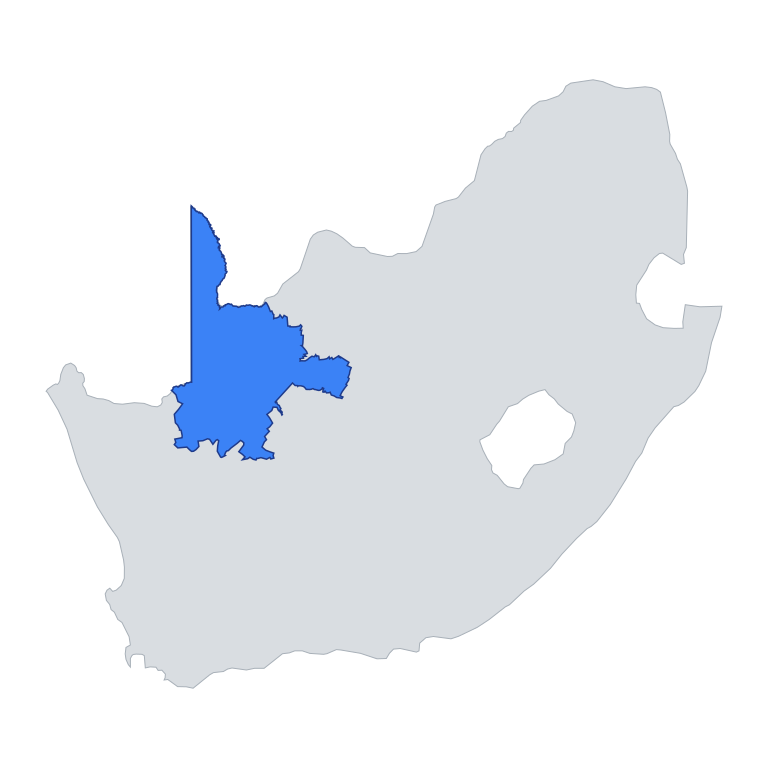 Z F Mgcawu, Northern Cape, South Africa (highlighted)
{"feature_id": "47623444B49450251729649", "entity_name": "Z F Mgcawu", "entity_type": "district", "adm_level": 2, "iso_a3": "ZAF", "parent_name": "South Africa", "parent_adm1": "Northern Cape", "projection": "robinson", "projection_center": [20.762, -27.405], "detail": "fine", "context": "in_parent", "style": "filled", "palette": "blue", "viewbox_px": 768, "rotation_deg": 0, "n_neighbors": 0, "source": "geoboundaries", "source_scale": "gbopen_adm2", "svg_char_len": 9716}
<svg xmlns="http://www.w3.org/2000/svg" viewBox="0 0 768 768"><path d="M570.8,83.1L593.1,79.8L603.0,81.7L614.9,86.8L626.1,88.6L645.1,86.8L651.6,87.6L656.7,89.4L660.4,92.1L665.5,112.5L669.8,134.4L669.6,141.4L670.2,144.1L675.5,153.4L677.4,159.2L680.4,163.9L686.9,187.2L687.6,191.2L686.3,247.6L683.5,254.4L684.4,263.3L681.2,264.4L662.7,253.1L659.4,253.5L654.0,257.8L648.9,264.4L646.5,270.0L636.7,285.2L635.8,294.8L636.4,303.1L639.5,303.4L641.7,309.4L646.6,318.8L655.1,324.9L663.1,327.7L674.3,328.4L683.2,328.2L682.8,321.8L685.3,304.7L700.0,306.8L721.9,306.2L720.1,317.3L711.5,342.7L705.7,371.2L698.8,385.6L694.9,391.5L684.1,402.0L678.4,405.5L673.8,406.7L655.1,427.9L648.1,438.1L641.8,453.1L635.6,461.3L626.3,478.7L610.3,504.5L596.9,521.5L591.1,526.4L587.1,528.6L576.6,538.4L561.8,554.2L550.5,568.3L533.6,584.2L524.0,591.1L509.4,604.8L505.4,606.8L489.0,619.6L477.3,627.3L458.5,636.3L451.0,638.8L433.4,636.5L425.9,637.7L419.7,643.1L419.0,650.9L416.4,652.1L400.2,648.5L393.5,649.1L389.5,653.2L386.3,658.5L377.0,658.8L360.4,653.3L340.9,650.0L336.4,649.6L326.9,653.7L323.6,654.3L309.9,653.4L302.2,650.8L294.9,650.8L289.3,652.9L282.5,653.7L264.1,668.3L254.6,668.3L246.4,670.0L232.0,668.0L227.7,669.0L223.4,671.5L213.5,672.6L209.7,674.8L193.1,688.2L186.3,686.8L177.6,686.6L167.8,679.5L164.1,680.0L165.1,677.8L165.4,674.1L161.9,670.2L158.1,670.4L156.0,667.2L150.1,666.9L145.3,667.9L144.3,655.6L142.0,654.3L136.1,654.1L133.2,654.5L131.9,655.6L130.4,658.4L130.4,667.1L128.3,664.6L126.0,659.4L125.2,653.9L126.0,647.4L130.4,645.0L129.1,636.7L122.0,622.5L117.8,619.5L114.4,612.2L111.1,609.6L109.7,604.5L106.4,600.4L105.2,593.9L107.0,590.2L109.8,588.2L112.7,591.4L116.3,590.1L121.3,585.5L124.3,578.4L124.4,567.1L123.6,560.0L119.4,541.7L117.4,537.5L108.2,524.4L97.4,506.9L83.7,479.2L77.1,462.6L67.0,429.1L58.2,410.2L47.5,392.4L46.1,391.3L47.7,389.1L53.3,385.1L55.9,383.9L57.3,384.5L58.6,383.3L59.9,380.6L60.8,374.3L63.4,367.7L65.7,364.9L70.8,363.1L74.6,365.5L76.2,367.9L76.9,371.1L78.6,372.7L81.3,372.6L83.3,374.5L84.4,378.6L84.2,381.5L82.7,383.3L82.9,385.7L84.9,388.7L87.1,395.2L97.4,398.6L103.2,399.0L108.8,400.6L114.0,403.5L122.5,404.2L134.3,402.7L144.1,403.4L151.8,406.2L157.3,406.8L160.8,405.0L162.3,402.4L161.8,399.0L163.5,396.9L167.3,396.0L170.4,393.4L172.8,389.2L178.1,385.8L186.6,383.2L190.8,383.3L190.5,206.4L205.6,218.6L209.1,224.3L216.5,240.8L224.1,261.2L225.3,271.1L225.0,273.2L217.3,286.7L217.0,293.3L217.9,301.0L219.7,304.9L221.9,306.2L227.3,304.2L235.6,306.3L251.4,305.4L259.2,306.4L261.2,305.8L263.0,304.1L265.1,299.5L267.0,298.0L274.3,295.9L277.6,293.2L282.8,284.0L298.5,271.7L300.3,268.7L310.3,239.2L313.3,235.0L317.7,232.2L326.4,230.0L331.4,231.2L336.9,233.8L343.0,238.1L352.2,246.1L355.3,247.3L364.5,247.6L370.2,252.9L387.4,256.5L392.4,256.3L397.8,253.5L406.6,253.6L416.1,251.6L422.0,246.4L433.4,214.1L434.7,207.0L436.0,205.0L445.1,201.4L456.1,198.6L458.4,197.1L465.4,188.1L474.4,180.6L481.0,154.8L485.1,148.7L487.7,146.2L489.3,146.1L491.6,144.5L494.7,141.3L498.3,139.4L502.4,138.6L505.1,136.5L506.3,133.1L508.5,131.4L511.5,131.5L513.3,130.4L513.7,128.1L520.5,122.5L520.7,120.3L524.6,114.8L532.3,106.2L539.5,101.3L546.2,100.4L558.6,95.9L563.1,91.8L565.9,86.2L570.8,83.1ZM544.0,464.0L555.0,459.7L563.2,453.9L565.2,443.4L571.5,437.0L573.8,431.0L575.7,422.7L572.2,414.0L567.2,411.5L558.2,404.0L554.3,398.9L548.9,394.7L545.0,389.6L538.7,391.2L528.8,395.3L522.7,399.1L517.5,403.6L508.3,406.8L499.5,421.1L496.7,424.3L489.8,434.7L480.0,439.8L479.8,441.7L482.9,450.1L487.2,458.6L491.8,465.5L491.5,469.7L493.0,473.0L497.2,475.3L504.1,483.9L507.6,486.7L518.3,488.7L519.9,488.2L522.9,483.1L523.5,479.5L530.9,468.3L534.1,464.9L544.0,464.0Z" fill="#d9dde1" stroke="#a8b0b8" stroke-width="1"/><path d="M338.6,355.8L337.5,356.6L332.9,359.4L331.8,357.5L329.6,358.8L329.1,356.8L327.2,358.5L325.6,359.0L323.7,359.4L319.3,359.8L318.7,356.2L317.0,355.8L316.5,356.3L315.7,354.7L314.4,356.7L313.2,356.6L312.0,356.2L309.1,358.1L307.6,359.5L305.4,360.8L304.4,360.9L301.3,360.8L300.1,361.0L300.3,360.1L300.0,358.7L303.5,358.2L303.0,356.5L306.0,356.3L304.0,354.4L305.6,354.1L307.3,353.5L306.6,351.6L305.1,349.6L302.5,346.5L301.4,345.6L302.5,345.5L302.9,342.9L303.3,335.4L301.2,335.1L301.3,332.2L301.8,330.2L300.3,330.3L300.6,328.6L301.4,328.0L301.5,327.0L301.9,326.3L300.6,324.8L299.3,326.1L295.9,326.8L293.4,326.9L290.0,326.8L290.1,326.1L287.8,326.0L287.1,317.2L284.1,315.4L283.2,317.0L282.4,318.0L281.9,317.6L281.5,316.8L280.0,314.9L278.9,317.0L276.2,318.1L275.0,318.1L273.7,318.7L273.8,314.6L273.2,314.3L271.8,311.0L270.4,311.5L268.5,306.7L266.9,303.7L266.0,302.6L265.3,302.4L264.9,303.1L264.8,303.9L264.4,304.0L264.1,304.4L263.0,305.2L261.5,306.6L261.2,306.8L260.5,306.4L259.9,306.9L258.4,307.0L257.1,305.8L256.3,305.7L255.7,306.2L254.9,305.9L254.3,306.8L253.1,306.3L252.6,305.8L251.6,305.8L250.8,305.1L249.3,304.9L248.1,305.3L246.3,305.0L245.7,305.8L244.9,306.2L244.5,306.2L243.7,305.6L242.7,306.0L241.8,305.9L240.6,306.4L239.9,307.0L239.0,307.1L238.2,307.4L237.4,306.7L235.9,306.1L235.1,306.3L234.3,306.1L233.1,306.1L232.1,305.0L231.5,304.2L231.1,304.1L230.4,304.5L228.9,303.7L227.9,303.7L226.2,304.7L225.3,304.7L225.1,305.8L223.9,305.8L223.3,306.7L222.9,307.0L221.5,307.0L220.9,307.2L220.6,307.4L220.2,308.6L219.7,309.0L219.8,308.7L219.3,306.7L219.7,306.1L219.6,305.8L218.0,305.2L217.9,304.9L218.2,304.3L217.7,303.5L217.1,303.2L217.6,302.6L217.7,302.2L217.2,301.4L217.6,300.2L217.0,299.7L216.8,298.4L216.9,297.9L217.6,297.3L217.4,296.2L217.6,295.0L217.5,293.8L217.4,293.3L216.6,292.3L216.6,291.1L216.4,290.1L216.6,289.3L216.9,286.7L217.2,286.2L218.2,286.1L219.3,284.5L220.0,284.5L220.2,283.8L220.2,283.1L220.8,282.2L221.1,281.4L222.1,280.6L222.7,279.1L224.0,278.4L224.1,277.8L224.6,277.1L224.7,276.4L225.1,275.7L225.0,274.6L225.2,274.1L225.5,273.6L226.2,273.1L227.0,271.7L226.8,271.3L226.1,271.3L225.3,270.4L225.3,270.2L226.0,269.6L226.1,269.2L225.5,268.8L225.2,268.1L225.8,267.6L225.9,267.0L225.7,266.4L225.0,265.6L225.6,264.8L225.7,264.0L226.1,263.5L226.1,263.2L224.5,261.5L224.3,260.5L224.9,260.0L224.9,259.0L224.6,258.7L223.9,258.6L223.7,258.3L223.6,258.0L224.0,257.3L223.8,256.6L224.0,256.1L223.9,255.8L223.7,255.7L223.3,255.9L222.5,256.9L221.9,256.8L222.1,255.9L222.8,255.2L222.9,254.7L222.5,254.4L221.6,254.3L221.5,253.2L221.0,251.8L220.6,251.2L219.4,250.4L219.2,249.5L219.8,248.6L219.8,247.8L219.1,247.5L218.7,247.9L218.3,247.9L218.3,247.3L218.8,246.2L219.9,246.2L220.2,245.8L219.0,243.6L218.1,242.8L217.5,242.7L217.4,242.4L217.3,241.9L217.9,241.1L217.6,240.2L217.8,239.8L218.9,239.8L219.2,239.5L219.2,239.0L218.9,238.6L218.6,238.6L218.0,239.4L217.1,239.4L216.8,238.6L217.5,237.9L217.4,237.6L217.2,237.5L216.5,237.9L216.2,237.7L216.4,236.6L216.2,236.2L215.8,235.9L215.2,236.3L214.7,236.2L214.6,235.9L213.6,233.8L214.0,233.0L214.0,232.6L213.7,232.5L212.9,232.8L212.6,232.4L212.7,231.9L213.8,231.3L213.9,231.0L213.2,231.0L212.8,230.4L212.0,230.3L211.5,229.4L212.0,228.2L211.5,227.9L210.8,228.2L210.6,227.9L210.4,227.4L209.8,226.8L209.7,226.5L209.8,226.3L210.4,226.0L210.7,225.7L210.7,224.7L210.3,224.4L209.7,224.8L209.1,224.6L209.0,224.3L209.2,223.7L208.9,223.3L209.1,222.8L208.7,222.2L208.3,222.2L208.5,221.5L208.4,221.2L207.6,220.9L207.0,220.2L207.3,219.6L207.2,218.8L206.1,218.4L205.8,217.6L204.9,217.5L204.5,216.5L203.6,216.2L203.1,215.7L203.2,215.0L202.6,214.6L202.3,213.8L202.0,213.5L201.0,213.0L200.5,213.3L199.7,212.2L199.1,212.9L198.8,212.9L197.8,211.6L197.5,211.4L196.3,211.6L196.1,211.4L195.8,210.6L194.9,210.1L195.0,209.1L194.1,208.9L194.0,208.2L192.9,208.0L192.5,207.0L191.3,205.9L191.6,382.2L190.5,382.1L188.1,383.0L187.1,382.8L186.6,382.9L186.0,383.6L185.4,383.7L185.0,384.2L185.1,384.7L184.4,385.8L184.0,386.0L182.6,385.7L181.8,385.1L180.9,384.9L180.1,385.4L179.2,386.5L178.2,386.7L178.0,387.1L176.3,386.2L175.1,386.6L174.6,387.0L173.9,386.9L173.0,387.8L173.1,388.2L172.9,389.2L172.6,389.8L171.5,390.3L176.0,394.8L178.0,401.5L182.6,403.8L178.6,409.3L174.3,414.3L175.4,422.8L177.7,425.2L179.6,429.0L179.5,430.1L181.1,430.3L182.2,435.7L182.0,437.7L174.8,439.1L175.8,442.5L174.3,444.6L177.8,447.9L186.9,447.1L189.6,449.8L191.5,451.4L191.9,451.4L193.6,451.2L196.0,449.6L198.9,446.5L198.1,441.1L202.9,440.7L207.5,438.8L209.6,439.3L212.9,444.3L216.0,440.3L217.3,439.6L218.7,440.7L217.7,445.9L217.3,451.2L220.6,457.1L221.4,457.4L222.5,457.0L225.4,455.5L224.5,455.0L225.7,452.2L226.7,451.0L228.4,450.6L231.0,448.0L237.2,443.3L240.5,440.4L242.0,441.2L243.8,442.8L243.7,445.1L238.8,451.7L242.6,454.5L245.0,456.9L242.5,459.7L247.7,458.7L249.9,457.2L253.2,459.3L256.0,460.0L256.7,458.4L257.6,458.5L260.9,457.6L266.5,459.2L269.9,457.4L270.8,459.0L273.9,458.1L273.1,455.6L273.8,453.1L270.4,452.0L265.7,450.2L262.0,447.0L264.4,441.8L266.5,439.7L264.6,436.5L269.3,431.3L267.1,428.8L269.8,426.7L272.6,423.1L269.4,417.6L266.9,414.4L271.8,410.5L273.1,407.1L277.0,407.3L278.3,410.3L280.9,412.7L281.9,415.0L282.4,414.5L281.8,413.5L282.2,412.1L281.7,411.7L281.4,411.1L280.4,410.6L280.1,409.8L280.1,409.6L280.8,408.9L280.9,408.5L280.0,407.3L279.3,405.5L278.1,404.8L277.5,404.3L277.1,403.7L276.8,402.2L276.1,402.1L275.5,402.6L275.2,402.0L292.5,383.0L295.1,385.5L297.5,385.6L297.8,386.3L298.2,385.8L300.9,385.8L303.5,386.5L304.9,387.7L306.2,389.4L309.5,389.5L311.2,389.3L313.0,388.6L314.4,389.5L315.1,389.5L318.5,390.4L319.8,390.3L322.0,389.0L322.4,387.8L323.7,388.4L323.0,390.5L322.8,391.9L324.1,392.2L325.0,391.1L326.5,392.9L329.1,392.7L330.1,392.2L331.3,395.0L334.1,395.9L336.7,397.5L340.4,398.0L341.9,398.5L342.9,397.0L340.1,395.7L341.6,392.7L342.5,391.2L345.5,387.0L347.0,385.2L346.0,384.3L348.5,380.4L349.1,378.4L348.0,377.6L349.4,374.1L349.9,371.2L351.2,367.6L347.1,365.6L348.9,362.3L340.9,357.2L340.5,357.8L339.5,357.1L339.2,357.3L338.9,356.3L339.2,356.2L338.6,355.8Z" fill="#3b82f6" stroke="#1e3a8a" stroke-width="1.5"/></svg>